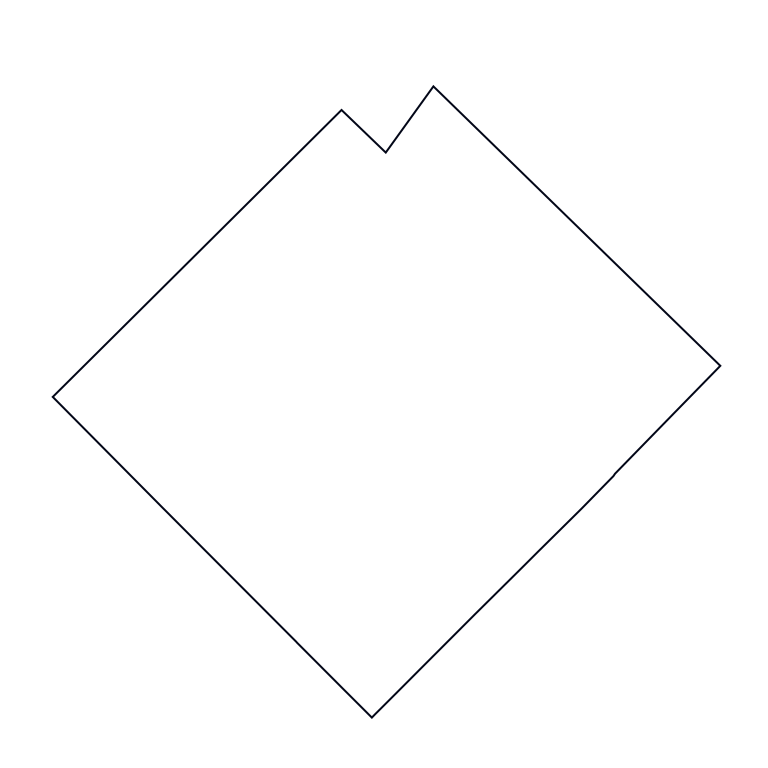 Collin, Texas, United States of America, rotated 314°
{"feature_id": "52423323B10774992912194", "entity_name": "Collin", "entity_type": "district", "adm_level": 2, "iso_a3": "USA", "parent_name": "United States of America", "parent_adm1": "Texas", "projection": "mercator", "projection_center": [-96.632, 33.194], "detail": "fine", "context": "isolated", "style": "outline", "palette": "ink", "viewbox_px": 768, "rotation_deg": 314, "n_neighbors": 0, "source": "geoboundaries", "source_scale": "gbopen_adm2", "svg_char_len": 442}
<svg xmlns="http://www.w3.org/2000/svg" viewBox="0 0 768 768"><g transform="rotate(314 384 384)"><path d="M630.7,613.3L632.4,212.8L551.7,224.5L551.6,163.1L144.6,154.7L141.2,309.4L140.3,356.4L137.6,500.2L137.5,501.1L136.3,565.6L135.6,607.0L140.2,607.0L172.4,607.6L204.3,608.1L222.2,608.4L281.9,609.4L344.4,610.8L371.2,611.3L431.8,612.7L477.2,613.0L480.0,612.5L564.2,612.9L630.7,613.3Z" fill="none" stroke="#020617" stroke-width="2"/></g></svg>